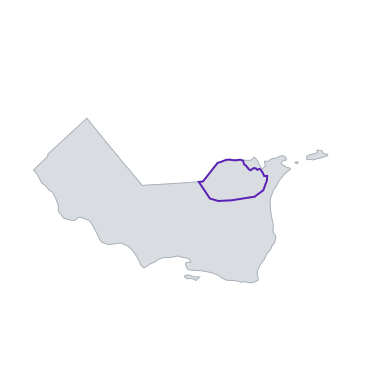 Al Dhahira on a map of Oman (Albers equal-area conic projection), rotated 69°
{"feature_id": "OMN-2414", "entity_name": "Al Dhahira", "entity_type": "Region", "adm_level": 1, "iso_a3": "OMN", "parent_name": "Oman", "parent_adm1": "", "projection": "albers", "projection_center": [55.739, 23.003], "detail": "fine", "context": "in_parent", "style": "outline", "palette": "violet", "viewbox_px": 384, "rotation_deg": 69, "n_neighbors": 0, "source": "natural_earth", "source_scale": "10m", "svg_char_len": 3580}
<svg xmlns="http://www.w3.org/2000/svg" viewBox="0 0 384 384"><g transform="rotate(69 192 192)"><path d="M114.7,332.1L113.1,328.3L111.4,324.4L109.8,320.6L108.2,316.8L107.1,314.1L105.1,313.1L104.0,310.3L102.8,307.4L101.6,304.5L100.5,301.6L99.3,298.7L98.2,295.7L97.0,292.8L95.8,289.9L94.7,287.0L93.5,284.1L92.4,281.2L91.2,278.3L90.1,275.4L88.9,272.4L87.8,269.5L86.6,266.6L85.5,263.7L89.4,262.4L94.2,260.9L98.9,259.3L103.7,257.8L108.4,256.2L113.2,254.7L117.9,253.1L122.6,251.5L127.4,249.9L132.1,248.3L136.8,246.8L141.5,245.2L146.3,243.5L151.0,241.9L155.7,240.3L160.4,238.7L165.1,237.1L168.0,236.1L169.2,232.2L170.2,229.0L171.2,225.8L172.3,222.6L173.3,219.4L174.3,216.2L175.3,213.0L176.3,209.8L177.3,206.6L178.3,203.4L179.3,200.2L180.3,197.0L181.3,193.8L182.3,190.6L183.2,187.4L184.2,184.2L185.2,181.0L186.1,178.0L184.4,175.2L182.2,171.4L179.8,167.4L177.5,163.7L175.9,160.9L174.0,157.7L174.2,153.4L174.2,151.3L174.4,148.1L176.3,143.6L178.5,137.9L180.1,134.1L181.5,130.8L182.6,128.1L183.3,125.4L182.9,123.5L182.2,122.8L181.6,121.8L183.7,120.4L187.6,119.4L189.8,119.7L192.9,118.9L195.3,118.3L195.5,117.4L194.8,116.0L193.8,113.9L190.4,113.7L189.3,113.1L190.5,110.0L190.5,109.0L190.0,107.9L189.5,105.9L189.8,103.4L190.5,101.7L190.5,100.3L190.1,97.5L190.3,95.0L191.0,93.8L192.2,92.6L193.4,92.0L194.6,92.0L195.6,92.5L196.1,93.9L195.8,94.8L195.1,94.9L194.8,95.3L195.8,97.0L197.3,98.7L198.4,98.5L199.7,97.1L201.0,96.0L202.7,95.0L203.9,93.1L204.9,91.9L205.8,91.8L208.5,99.3L212.5,106.5L216.1,110.4L219.8,115.7L225.4,120.5L228.0,122.2L238.4,125.5L244.1,126.7L251.9,127.8L257.4,130.4L259.2,130.6L262.0,129.7L264.1,129.7L269.3,133.3L270.9,136.7L273.1,138.5L275.1,141.4L276.4,144.4L280.9,148.8L284.1,153.9L287.4,157.7L290.3,160.0L294.6,160.8L298.0,161.8L298.5,164.4L298.2,167.7L297.7,170.2L294.6,175.1L293.9,178.1L290.4,183.1L286.7,191.4L284.9,193.3L278.7,197.7L274.1,202.9L268.7,211.8L264.7,220.7L263.1,223.5L259.7,224.2L257.4,224.0L255.9,223.2L256.4,220.8L256.8,218.1L254.7,218.4L252.9,219.0L248.8,225.6L246.5,228.5L246.1,232.2L245.0,236.9L243.4,241.3L242.7,244.9L242.8,247.0L244.1,252.0L244.2,257.2L245.0,260.3L245.7,264.0L243.7,265.2L241.9,265.8L235.1,266.3L228.3,267.5L222.2,269.7L218.7,271.9L214.0,276.8L211.2,288.9L206.6,294.1L203.5,295.2L195.9,295.7L185.3,297.1L181.6,298.3L175.3,305.7L174.9,308.1L176.1,309.8L176.4,311.6L175.9,313.4L173.0,318.1L170.0,321.5L161.8,323.6L158.8,322.3L156.1,321.6L150.8,321.5L142.2,322.2L139.0,324.7L134.0,326.4L129.4,329.1L120.6,330.0L114.7,332.1ZM203.4,72.3L202.9,73.0L202.1,73.1L200.4,72.5L199.4,71.2L199.5,69.6L199.6,66.6L200.1,63.8L199.9,60.9L198.6,60.3L197.7,60.4L199.8,56.2L200.7,55.6L201.5,55.9L203.5,55.4L204.6,53.1L205.4,51.9L206.3,52.0L206.7,52.7L206.4,56.2L206.4,59.1L205.3,67.9L204.2,69.4L203.6,70.6L203.4,72.3ZM269.9,228.8L268.2,229.3L267.7,229.1L267.7,225.5L271.6,220.8L274.1,215.4L276.0,220.1L272.9,222.8L271.3,227.4L269.9,228.8ZM203.0,84.3L201.9,85.1L201.1,85.0L201.3,83.4L201.7,82.4L202.9,82.5L203.1,83.1L203.0,84.3Z" fill="#d9dde1" stroke="#a8b0b8" stroke-width="1"/><path d="M174.0,157.7L174.3,153.5L174.2,149.2L174.3,148.4L175.1,145.6L177.6,141.1L178.2,139.4L178.8,136.5L179.1,135.5L179.6,134.8L180.6,133.7L181.0,133.1L184.6,133.5L187.4,131.9L190.9,130.9L192.7,129.7L191.8,125.4L192.9,124.0L194.6,123.2L194.6,120.8L196.0,119.8L199.9,119.0L203.0,118.9L203.9,116.1L208.0,117.9L215.9,124.8L218.5,134.2L218.9,134.8L214.0,157.8L209.8,170.7L204.5,177.6L185.7,181.9L185.0,182.0L186.0,178.7L186.0,178.0L185.7,177.4L184.3,175.0L182.2,171.4L180.0,167.8L177.8,164.2L175.7,160.5L174.0,157.7Z" fill="none" stroke="#5b21b6" stroke-width="2"/></g></svg>